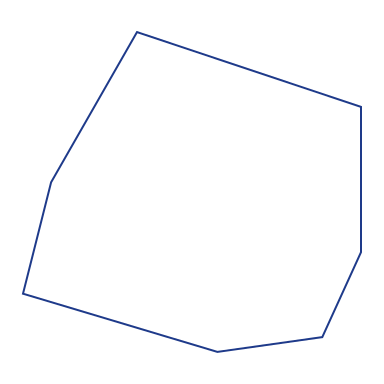 Kuvasay city, Ferghana, Uzbekistan
{"feature_id": "79887680B20364300518134", "entity_name": "Kuvasay city", "entity_type": "district", "adm_level": 2, "iso_a3": "UZB", "parent_name": "Uzbekistan", "parent_adm1": "Ferghana", "projection": "mercator", "projection_center": [71.944, 40.33], "detail": "fine", "context": "isolated", "style": "outline", "palette": "blue", "viewbox_px": 384, "rotation_deg": 0, "n_neighbors": 0, "source": "geoboundaries", "source_scale": "gbopen_adm2", "svg_char_len": 220}
<svg xmlns="http://www.w3.org/2000/svg" viewBox="0 0 384 384"><path d="M322.3,337.1L361.0,252.2L361.0,106.9L137.0,32.1L51.1,182.3L23.0,293.7L217.4,351.9L322.3,337.1Z" fill="none" stroke="#1e3a8a" stroke-width="2"/></svg>